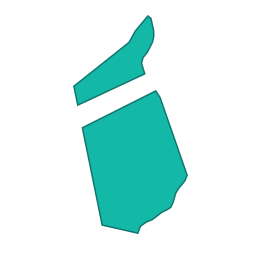 SVG path tracing the border of Palauli, rotated 257°
{"feature_id": "WSM-4994", "entity_name": "Palauli", "entity_type": "state/province", "adm_level": 1, "iso_a3": "WSM", "parent_name": "Samoa", "parent_adm1": "", "projection": "mercator", "projection_center": [-172.407, -13.719], "detail": "fine", "context": "isolated", "style": "filled", "palette": "teal", "viewbox_px": 256, "rotation_deg": 257, "n_neighbors": 0, "source": "natural_earth", "source_scale": "10m", "svg_char_len": 538}
<svg xmlns="http://www.w3.org/2000/svg" viewBox="0 0 256 256"><g transform="rotate(257 128 128)"><path d="M157.9,163.4L150.4,166.1L68.6,175.0L63.5,171.3L58.1,164.1L53.8,159.9L45.3,155.1L41.1,151.8L39.4,147.1L38.3,142.0L33.3,131.1L32.2,124.5L29.5,118.0L23.3,113.9L39.2,81.0L126.3,83.3L138.5,83.6L157.9,163.4ZM232.7,172.6L229.5,175.0L217.0,174.9L211.4,173.7L205.9,171.0L197.5,163.9L193.2,158.5L188.0,155.7L177.0,156.5L161.6,84.2L180.9,84.7L211.2,148.3L220.9,157.0L232.7,172.6Z" fill="#14b8a6" stroke="#0f766e" stroke-width="1.5"/></g></svg>